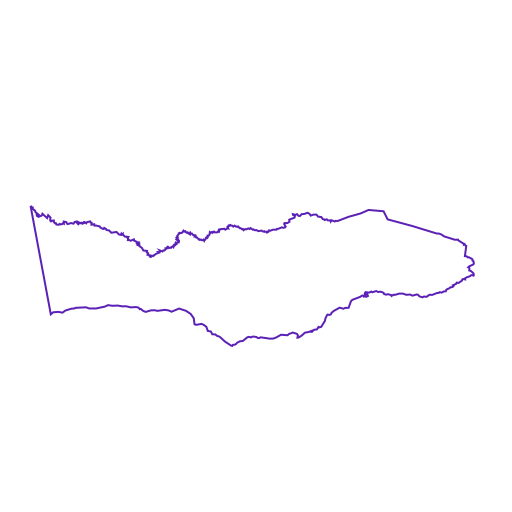 outline of Lago, Niassa, Mozambique, rotated 260°
{"feature_id": "85939544B52795804394919", "entity_name": "Lago", "entity_type": "district", "adm_level": 2, "iso_a3": "MOZ", "parent_name": "Mozambique", "parent_adm1": "Niassa", "projection": "natural_earth1", "projection_center": [35.042, -12.338], "detail": "fine", "context": "isolated", "style": "outline", "palette": "violet", "viewbox_px": 512, "rotation_deg": 260, "n_neighbors": 0, "source": "geoboundaries", "source_scale": "gbopen_adm2", "svg_char_len": 6097}
<svg xmlns="http://www.w3.org/2000/svg" viewBox="0 0 512 512"><g transform="rotate(260 256 256)"><path d="M237.5,454.6L242.7,444.6L245.0,442.3L246.4,439.9L246.8,437.8L258.5,414.9L269.2,392.0L277.9,389.4L281.8,374.8L279.7,366.2L278.5,353.8L276.3,342.5L276.8,340.5L276.3,339.6L278.0,336.7L276.9,335.6L278.2,335.4L278.6,332.9L279.9,332.0L279.5,329.8L280.2,329.5L280.8,328.1L283.0,327.1L284.0,324.0L286.3,322.7L286.8,319.9L286.3,316.9L288.2,316.0L289.6,314.3L289.0,310.7L289.3,308.3L287.7,306.1L288.3,304.7L290.1,303.7L289.7,301.9L290.8,299.6L290.0,299.6L288.9,301.4L287.1,300.6L286.0,295.0L283.9,294.9L283.0,292.7L283.5,289.8L282.7,289.3L279.8,290.3L279.2,289.8L279.0,287.9L279.7,286.3L278.9,282.6L279.1,281.4L278.4,280.7L279.0,277.4L278.4,274.4L279.0,273.4L277.7,272.5L277.3,271.3L277.8,271.1L277.5,270.8L278.0,270.6L278.3,268.8L278.9,268.6L278.8,267.2L280.0,266.0L280.1,262.6L281.5,260.8L281.5,259.5L282.6,258.2L282.4,257.5L284.5,255.4L283.7,254.4L284.5,253.2L283.9,251.0L284.4,250.0L283.6,248.2L284.9,247.8L284.8,246.9L286.1,245.7L286.1,244.9L288.2,243.5L287.9,242.6L288.4,242.2L288.5,241.2L289.6,240.3L288.9,238.7L290.1,237.7L290.5,236.0L291.0,236.0L290.9,234.8L290.4,234.6L290.6,234.1L289.6,233.6L289.6,233.1L288.1,233.4L288.6,232.6L287.9,232.2L287.3,230.3L288.3,229.6L288.6,224.2L288.1,223.9L287.9,224.5L286.3,223.8L286.7,222.9L286.0,222.3L286.5,219.3L287.3,218.9L286.8,218.2L287.2,217.3L286.6,217.0L287.2,216.4L286.7,215.4L287.5,214.7L285.1,213.9L284.4,213.1L284.5,211.9L283.1,211.9L282.4,211.3L283.1,210.8L282.7,209.8L281.2,209.2L280.6,208.3L281.1,207.6L280.2,207.4L280.8,207.0L280.8,205.9L281.5,205.2L281.3,204.7L282.2,203.5L281.8,202.9L284.8,200.8L284.7,200.2L285.6,199.4L286.1,199.7L286.0,198.9L287.1,199.3L287.7,197.6L289.2,196.8L289.3,195.7L289.9,195.5L289.1,195.1L290.0,194.7L289.3,194.1L290.9,193.0L290.6,192.3L291.5,191.9L291.4,191.3L292.3,190.3L292.7,190.4L292.6,189.4L293.5,189.0L291.7,187.1L291.6,185.5L292.1,184.9L291.7,183.8L291.0,183.8L289.4,181.9L288.7,182.1L288.2,181.1L287.3,182.1L286.3,180.4L285.3,181.1L285.2,182.1L284.0,181.9L284.1,182.7L283.5,182.6L282.8,182.2L283.1,181.2L282.1,179.9L283.1,179.3L282.5,178.8L282.8,178.3L281.6,179.3L281.4,177.9L280.6,178.2L280.3,177.0L279.3,176.4L280.2,176.1L279.6,175.5L279.7,174.4L278.8,173.8L279.2,171.1L279.7,171.4L280.5,170.8L280.2,170.1L280.7,169.7L279.0,170.0L279.2,168.2L278.4,168.3L277.3,166.7L277.6,165.6L276.7,164.7L278.2,162.2L277.3,162.7L276.6,161.5L276.8,160.6L276.1,161.1L275.5,157.8L274.2,155.7L274.4,155.2L273.8,154.6L274.1,153.8L273.3,152.2L273.8,151.5L274.7,152.6L276.0,149.4L277.4,150.3L278.5,149.1L279.9,149.6L281.0,146.0L283.7,145.1L286.0,142.9L287.6,143.1L286.9,142.2L287.6,141.0L288.3,141.1L289.2,142.7L289.8,142.8L289.6,141.6L290.2,141.3L290.1,140.8L290.8,140.9L292.4,138.5L293.6,138.6L292.8,135.2L293.7,133.9L293.9,132.6L296.3,133.3L296.5,132.8L297.0,133.4L298.0,130.1L300.1,128.8L300.1,128.2L300.9,128.5L300.4,127.4L301.2,127.2L300.3,126.6L300.9,124.9L303.9,122.8L304.0,117.6L306.6,115.8L307.6,113.3L308.8,112.9L310.0,111.4L309.1,110.7L309.3,109.9L311.1,107.6L312.2,107.3L313.7,104.0L314.0,102.2L315.4,102.2L315.4,99.4L317.3,99.9L317.7,98.9L318.9,98.6L318.7,95.5L317.7,94.5L318.6,93.8L318.3,92.4L319.0,93.1L319.4,92.6L318.3,90.6L319.1,89.8L318.7,89.0L320.1,87.1L318.8,87.5L318.1,86.5L321.1,84.5L321.0,83.4L319.5,81.9L320.6,79.5L320.1,76.3L320.6,75.5L322.3,75.1L323.3,72.7L321.1,72.4L321.7,71.5L321.2,70.9L321.0,69.0L321.7,68.1L321.0,67.0L321.7,64.8L323.1,64.6L323.2,63.7L324.4,62.9L326.0,63.1L326.3,61.3L325.7,60.7L325.8,59.9L327.3,59.5L329.5,60.3L332.3,58.4L329.6,56.9L334.7,53.0L333.1,52.1L332.4,49.2L332.4,48.5L333.6,47.2L334.4,47.2L333.7,48.5L334.3,49.2L337.6,46.4L339.1,46.3L341.1,44.3L342.5,44.6L343.0,43.4L343.7,43.3L343.6,42.7L234.2,43.8L235.8,46.5L235.3,51.6L233.8,55.6L235.4,58.8L236.2,65.4L235.8,67.5L236.3,69.2L235.0,79.7L233.3,82.6L232.1,89.3L232.4,98.4L233.3,101.7L231.9,106.0L231.2,111.2L229.6,115.6L229.1,119.3L227.2,123.6L226.5,129.2L225.5,131.4L223.8,132.3L223.9,133.3L221.4,135.5L220.1,137.7L220.7,143.1L220.2,146.7L219.1,149.4L218.8,156.8L217.7,160.2L215.8,163.2L217.6,171.1L214.2,177.5L210.3,181.6L205.5,183.9L199.5,183.6L198.6,185.0L198.6,190.4L197.5,192.3L194.9,194.8L190.6,195.5L189.5,198.4L186.5,199.4L185.8,202.4L184.3,203.5L182.8,206.2L177.1,210.6L172.0,216.0L171.6,217.1L172.5,217.8L172.4,220.4L173.9,222.5L174.8,225.3L174.6,228.2L177.5,233.5L177.5,235.5L176.7,236.8L177.2,238.6L176.9,240.2L176.1,242.4L174.9,243.6L174.6,244.8L175.1,246.5L172.2,255.2L171.7,258.5L172.1,261.2L174.1,267.0L172.5,273.2L173.5,275.1L174.2,279.0L172.2,282.8L170.5,283.5L168.4,282.6L168.3,283.8L169.8,287.4L172.0,290.8L172.0,294.5L172.6,297.7L172.1,297.2L172.0,296.2L171.6,297.9L173.3,300.4L173.1,303.2L175.3,305.3L174.7,306.0L174.9,307.9L180.1,312.6L182.4,313.5L185.5,315.7L185.9,316.3L185.2,318.1L185.5,319.5L187.0,320.6L188.5,323.3L190.6,329.4L188.9,332.9L189.4,334.9L188.9,338.2L194.9,341.6L196.1,343.3L197.7,351.6L198.6,353.6L198.4,354.5L197.3,355.1L197.6,356.7L197.0,356.8L196.7,357.8L197.2,359.3L198.9,358.9L199.4,356.5L200.5,356.7L201.4,357.7L200.3,360.9L200.9,363.5L200.1,364.2L200.6,368.3L199.3,370.1L199.3,372.1L198.6,373.8L197.3,375.4L196.2,375.6L195.3,377.7L195.5,379.4L194.0,382.3L193.4,382.5L193.8,382.9L193.4,383.7L194.0,384.6L193.6,386.1L194.1,390.6L193.4,394.3L191.7,397.2L191.3,401.0L189.8,403.2L190.2,407.7L189.7,408.8L187.8,410.0L186.4,412.8L186.9,414.4L186.2,417.0L187.7,420.1L187.1,422.8L188.2,428.3L187.9,429.5L188.5,430.7L187.7,432.5L188.5,434.8L188.3,436.8L189.4,437.3L190.3,438.9L190.6,440.8L191.4,441.9L191.3,444.1L192.2,445.4L193.0,444.9L193.8,448.2L194.9,449.0L194.3,450.6L194.8,451.9L196.0,454.6L197.1,455.1L197.4,455.8L196.6,457.9L197.7,458.0L198.4,459.8L198.9,463.2L199.6,464.1L199.7,465.5L198.9,466.8L199.3,467.2L201.1,467.2L203.9,465.1L204.7,463.5L206.6,464.0L207.7,463.8L208.0,463.1L208.6,463.7L210.0,468.6L210.6,469.2L213.0,469.3L213.9,468.4L215.1,468.6L216.3,467.4L217.9,465.2L217.9,464.2L219.1,463.4L219.6,461.7L229.4,464.8L229.8,464.1L231.5,463.5L231.2,462.7L231.9,462.8L236.4,457.8L237.0,457.8L237.5,454.6Z" fill="none" stroke="#5b21b6" stroke-width="2"/></g></svg>